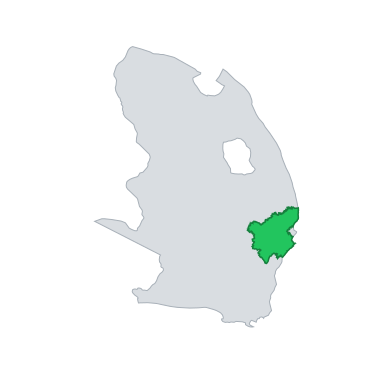 Cacadu, Eastern Cape, South Africa (highlighted), rotated 298°
{"feature_id": "47623444B84929106525656", "entity_name": "Cacadu", "entity_type": "district", "adm_level": 2, "iso_a3": "ZAF", "parent_name": "South Africa", "parent_adm1": "Eastern Cape", "projection": "equal_earth", "projection_center": [25.475, -32.951], "detail": "fine", "context": "in_parent", "style": "filled", "palette": "green", "viewbox_px": 384, "rotation_deg": 298, "n_neighbors": 0, "source": "geoboundaries", "source_scale": "gbopen_adm2", "svg_char_len": 9382}
<svg xmlns="http://www.w3.org/2000/svg" viewBox="0 0 384 384"><g transform="rotate(298 192 192)"><path d="M259.6,67.5L267.7,66.1L271.4,66.9L275.8,69.1L279.9,69.8L286.9,69.1L289.3,69.4L291.1,70.2L292.5,71.3L294.4,80.0L296.0,89.3L295.9,92.3L296.1,93.4L298.0,97.4L298.7,99.8L299.8,101.8L302.2,111.7L302.5,113.4L302.0,137.1L301.0,140.0L301.4,143.7L300.2,144.2L293.4,139.4L292.2,139.6L290.2,141.4L288.4,144.2L287.5,146.5L283.9,152.9L283.6,156.9L283.9,160.4L285.0,160.5L285.8,163.0L287.6,167.0L290.7,169.5L293.6,170.6L297.7,170.9L301.0,170.9L300.8,168.2L301.7,161.0L307.1,161.9L315.1,161.7L314.5,166.3L311.3,176.9L309.2,188.7L306.7,194.7L305.3,197.2L301.4,201.5L299.3,203.0L297.6,203.4L290.8,212.2L288.3,216.4L286.0,222.6L283.8,225.9L280.5,233.1L274.8,243.7L270.0,250.6L267.8,252.6L266.4,253.5L262.7,257.5L257.3,263.9L253.3,269.6L247.2,276.1L243.8,278.9L238.5,284.4L237.1,285.3L231.2,290.4L227.0,293.5L220.2,297.1L217.6,298.1L211.2,297.2L208.5,297.7L206.2,299.9L206.0,303.0L205.1,303.4L199.2,302.0L196.8,302.3L195.4,303.9L194.2,306.0L190.9,306.1L184.9,304.0L177.8,302.6L176.2,302.5L172.8,304.1L171.6,304.3L166.6,304.0L163.8,303.0L161.2,303.0L159.1,303.8L156.7,304.1L150.1,310.0L146.7,310.0L143.8,310.6L138.5,309.9L137.0,310.2L135.4,311.2L131.9,311.7L130.5,312.6L124.6,317.9L122.1,317.3L119.0,317.3L115.4,314.4L114.1,314.6L114.4,313.8L114.5,312.3L113.2,310.7L111.8,310.8L111.0,309.5L108.9,309.4L107.2,309.8L106.7,304.9L105.9,304.4L103.7,304.3L102.7,304.4L102.2,304.9L101.7,306.0L101.8,309.5L101.0,308.5L100.1,306.4L99.8,304.2L100.0,301.6L101.6,300.6L101.0,297.3L98.4,291.6L96.8,290.4L95.5,287.4L94.3,286.3L93.7,284.3L92.5,282.6L92.1,280.0L92.7,278.5L93.7,277.7L94.7,279.0L96.0,278.5L97.8,276.6L98.8,273.7L98.8,269.2L98.4,266.3L96.8,258.8L96.0,257.1L92.6,251.8L88.5,244.6L83.3,233.3L80.8,226.5L76.8,212.7L73.5,204.9L69.4,197.6L68.9,197.1L69.5,196.2L71.5,194.5L72.4,194.0L72.9,194.3L73.4,193.8L73.8,192.6L74.1,190.0L75.0,187.3L75.8,186.1L77.7,185.4L79.1,186.4L79.7,187.4L80.0,188.7L80.6,189.4L81.6,189.3L82.3,190.1L82.8,191.8L82.7,193.0L82.2,193.8L82.3,194.8L83.0,196.0L83.9,198.7L87.7,200.1L89.8,200.3L91.8,200.9L93.7,202.1L96.8,202.4L101.1,201.8L104.7,202.1L107.5,203.3L109.5,203.5L110.8,202.7L111.3,201.7L111.1,200.3L111.7,199.4L113.1,199.0L114.2,198.0L115.0,196.2L117.0,194.8L120.0,193.7L121.6,193.8L120.4,119.8L126.0,124.9L127.3,127.3L130.1,134.3L133.0,142.9L133.5,147.0L133.4,147.9L130.6,153.5L130.6,156.3L130.9,159.5L131.6,161.1L132.4,161.7L134.4,160.9L137.4,161.7L143.2,161.3L146.1,161.8L146.8,161.5L147.4,160.8L148.2,158.9L148.8,158.2L151.5,157.4L152.7,156.3L154.6,152.4L160.3,147.2L160.9,146.0L164.4,133.6L165.5,131.8L167.1,130.7L170.2,129.7L172.1,130.2L174.1,131.3L176.4,133.1L179.8,136.5L180.9,137.0L184.3,137.1L186.4,139.4L192.7,140.9L194.5,140.8L196.5,139.6L199.7,139.6L203.2,138.8L205.3,136.6L209.4,123.0L209.8,120.0L210.3,119.2L213.6,117.7L217.6,116.5L218.5,115.9L221.0,112.1L224.3,108.9L226.7,98.0L228.2,95.4L229.1,94.3L229.7,94.3L230.6,93.6L231.7,92.3L233.0,91.4L234.5,91.1L235.5,90.2L235.9,88.8L236.7,88.0L237.8,88.1L238.5,87.6L238.6,86.6L241.1,84.3L241.2,83.3L242.6,81.0L245.4,77.3L248.1,75.3L250.5,74.8L255.1,73.0L256.7,71.2L257.8,68.8L259.6,67.5ZM250.5,227.1L254.5,225.3L257.4,222.9L258.1,218.6L260.4,216.0L261.3,213.5L261.9,210.1L260.7,206.5L258.8,205.4L255.5,202.3L254.1,200.2L252.1,198.5L250.7,196.4L248.4,197.0L244.8,198.8L242.6,200.3L240.7,202.2L237.4,203.5L234.2,209.4L233.2,210.7L230.7,215.0L227.2,217.1L227.1,217.9L228.2,221.4L229.8,224.8L231.5,227.7L231.4,229.4L232.0,230.8L233.5,231.7L236.1,235.3L237.4,236.4L241.3,237.2L241.9,237.0L242.9,234.9L243.1,233.4L245.8,228.9L246.9,227.5L250.5,227.1Z" fill="#d9dde1" stroke="#a8b0b8" stroke-width="1"/><path d="M210.4,273.2L208.9,273.5L208.4,273.2L208.2,274.4L206.9,274.1L206.8,273.6L206.3,273.8L206.1,273.3L205.8,272.8L205.6,272.7L205.4,272.8L205.1,272.8L204.5,271.6L204.2,271.7L203.9,271.9L202.9,272.2L202.5,272.0L202.8,271.2L202.7,271.2L202.3,270.7L202.0,270.5L202.0,269.9L201.2,270.0L200.8,270.6L200.1,270.5L199.8,270.7L199.4,270.2L199.1,270.3L198.6,269.6L197.8,269.2L197.5,269.4L197.4,269.1L197.0,269.1L197.0,268.9L196.7,268.8L196.4,268.9L195.9,268.6L195.5,268.6L195.3,268.2L195.3,267.6L195.4,267.3L195.6,267.2L195.8,267.3L195.8,267.0L196.0,266.6L196.0,266.3L196.2,266.0L196.0,265.3L195.9,265.3L195.8,264.9L195.9,264.0L195.8,263.5L195.5,262.8L195.8,262.5L195.7,261.8L195.5,261.6L195.4,261.2L195.3,261.3L195.1,260.6L194.8,260.8L194.5,260.7L194.4,260.3L193.8,259.7L193.2,260.1L193.3,259.8L193.0,259.8L193.0,259.6L192.9,259.6L192.7,259.7L192.2,259.3L192.3,258.9L191.4,258.6L191.6,258.3L191.3,258.4L191.2,258.3L191.4,257.8L191.1,258.1L191.0,258.5L190.4,258.6L190.4,258.8L190.1,259.2L189.5,259.1L189.4,258.1L188.4,258.3L188.0,257.8L188.2,258.2L187.0,258.3L186.7,258.5L186.6,259.0L186.1,259.3L185.9,259.1L185.9,259.3L185.3,258.9L184.3,258.8L184.1,259.3L184.2,259.9L184.7,260.2L184.6,260.4L184.2,260.4L184.2,261.0L183.8,260.9L183.5,261.7L183.5,262.1L184.0,262.0L184.1,261.9L184.4,262.0L184.9,262.4L184.7,262.6L185.2,263.0L184.7,263.8L184.8,264.0L184.5,264.1L184.5,264.3L184.0,264.1L183.9,264.7L184.1,264.9L184.0,265.1L183.8,265.0L183.6,265.1L183.6,265.3L183.4,266.1L183.6,265.5L184.0,265.8L184.0,266.3L183.5,266.8L183.5,267.1L182.5,267.0L182.6,267.4L182.4,267.7L181.8,267.7L181.4,267.9L181.1,268.4L180.8,268.4L180.4,268.9L179.8,268.6L179.0,267.7L178.6,267.4L178.3,267.8L177.7,268.2L177.5,268.5L177.2,268.5L176.9,269.7L177.3,270.3L177.1,270.6L173.9,270.2L173.4,271.5L172.5,271.0L172.2,270.7L171.9,271.6L171.6,271.8L171.3,271.7L170.6,272.2L171.0,273.0L171.0,273.9L171.6,274.7L171.9,275.8L171.8,276.6L171.3,277.0L172.3,277.6L172.6,278.1L172.6,278.8L173.2,278.8L173.0,280.0L171.9,279.7L171.1,279.3L170.4,279.2L170.2,278.9L169.6,278.8L168.7,279.5L169.1,280.6L168.9,280.9L167.5,280.9L167.5,281.4L166.7,282.4L167.0,283.3L166.5,283.6L166.5,283.8L166.8,284.3L166.8,284.8L165.9,286.1L165.7,287.0L165.2,287.7L164.4,289.4L164.2,289.4L164.2,289.7L163.7,289.7L163.7,291.1L164.4,291.5L164.2,291.5L166.6,291.7L168.5,291.2L169.2,291.2L169.5,290.9L171.9,290.9L172.9,292.3L172.7,292.0L174.4,292.1L174.8,292.0L175.0,292.4L176.4,293.0L176.3,294.5L176.6,294.4L176.6,294.9L177.4,295.5L177.4,296.4L176.1,296.4L175.7,296.0L175.7,296.4L175.5,296.6L175.5,297.0L174.5,297.3L174.0,297.3L173.9,298.2L173.4,298.8L174.7,299.0L174.7,298.7L175.2,298.6L175.7,298.8L175.8,299.5L176.5,299.5L177.9,300.1L177.6,300.5L177.0,300.7L177.2,301.0L176.9,301.1L177.0,301.4L176.9,301.5L176.9,301.8L177.0,302.0L177.0,302.6L178.6,302.9L180.0,303.3L180.6,303.4L180.8,303.3L183.9,304.0L184.1,303.9L185.0,304.1L185.0,303.9L185.3,304.2L186.7,304.7L187.8,304.8L189.4,306.0L190.3,306.2L191.1,306.5L191.0,306.3L191.2,306.2L191.6,306.1L192.6,306.5L192.9,306.4L193.4,306.6L193.8,306.6L194.4,306.9L194.3,306.7L194.9,306.6L194.3,306.0L194.5,305.5L195.6,304.3L195.8,303.4L195.7,303.1L195.9,302.8L196.7,302.3L197.9,302.1L199.0,302.0L200.0,302.2L200.1,301.8L200.0,301.6L199.8,301.3L199.6,301.3L199.5,301.2L199.8,300.5L200.6,300.6L199.9,300.4L200.3,300.1L200.0,299.8L200.5,298.9L200.7,298.4L201.1,298.3L201.2,298.2L200.9,298.0L201.1,297.5L200.4,296.8L200.2,296.8L200.4,296.6L200.7,296.8L201.1,297.0L201.5,297.5L201.6,297.2L201.8,297.3L201.9,297.0L201.6,296.8L201.8,296.4L201.2,295.8L201.6,295.7L201.4,295.4L201.8,294.2L202.6,294.3L203.1,294.1L204.1,294.5L203.9,295.3L204.8,295.6L204.9,295.0L205.9,294.9L205.9,295.2L206.5,295.3L206.6,295.6L206.7,295.4L206.6,295.1L206.8,295.1L207.0,295.6L207.0,295.4L207.5,295.6L207.5,296.1L208.1,296.8L208.3,296.9L208.3,296.6L209.1,296.3L209.4,297.0L209.1,297.4L210.7,297.1L212.5,297.1L214.0,297.5L215.6,298.2L216.0,298.3L216.8,298.1L218.1,298.4L219.4,297.9L220.0,297.4L220.4,297.3L220.7,297.0L221.5,296.6L221.6,296.4L222.1,296.1L223.9,295.5L225.0,294.7L226.0,294.5L226.1,294.3L226.5,294.1L226.8,293.8L227.5,293.6L227.9,293.2L227.0,292.5L226.9,292.0L226.7,291.9L226.6,291.4L226.2,291.1L226.0,290.5L225.7,290.2L225.9,289.7L226.0,289.1L225.8,288.7L225.5,288.5L225.7,288.3L226.0,288.5L226.1,288.3L225.7,287.9L225.3,288.0L225.6,287.7L225.3,287.1L225.3,286.9L225.4,286.7L224.8,286.6L224.8,287.1L224.6,287.3L224.4,287.2L224.5,286.9L224.3,286.8L224.4,286.7L224.2,286.7L224.2,287.1L224.1,287.3L223.6,287.4L223.6,287.2L223.8,287.1L224.0,286.9L223.6,286.8L223.6,286.4L223.3,285.9L223.5,285.7L223.7,285.9L223.8,285.8L223.9,285.3L224.2,284.9L224.1,284.5L224.0,284.3L223.9,284.4L223.8,284.9L223.6,285.0L223.4,284.7L223.4,284.2L223.2,284.1L222.8,285.0L222.7,285.1L222.6,284.9L223.0,284.3L223.1,283.4L223.0,283.2L222.8,283.3L222.8,283.9L222.7,284.1L222.3,284.0L222.1,284.5L221.9,284.4L221.8,284.2L221.4,284.5L221.1,284.0L220.9,284.3L220.6,284.3L220.7,284.0L220.5,283.8L220.5,283.5L220.5,283.3L219.9,283.7L220.0,283.2L219.9,282.6L219.7,283.2L219.3,283.0L218.9,283.2L219.0,282.6L218.8,282.3L218.6,282.4L218.6,282.9L218.4,283.0L218.2,282.9L218.2,282.4L218.1,282.7L217.8,282.3L217.0,282.9L216.6,282.7L216.6,282.1L215.4,282.2L215.5,281.4L215.4,281.1L215.2,281.0L215.2,281.3L214.8,280.9L214.5,281.0L214.6,280.6L214.4,280.7L214.2,280.8L214.1,280.6L214.0,280.4L213.9,280.6L213.8,280.4L214.1,279.7L214.9,279.8L214.9,279.4L214.4,278.9L214.3,278.5L214.0,278.8L212.9,278.9L212.7,278.8L212.3,279.2L212.1,279.1L211.8,278.8L212.3,277.3L211.7,277.0L212.0,276.7L212.0,276.2L212.4,276.3L213.2,275.5L213.1,275.2L212.7,274.9L212.5,274.6L211.8,274.4L211.7,274.6L211.0,274.5L210.8,274.7L210.5,274.4L210.3,273.5L210.4,273.2Z" fill="#22c55e" stroke="#15803d" stroke-width="1.5"/></g></svg>